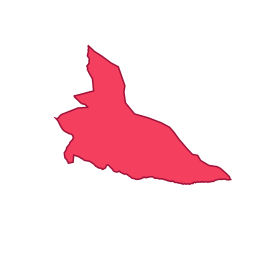 Berekum West, Brong Ahafo, Ghana, rotated 334°
{"feature_id": "2480657B54527757245703", "entity_name": "Berekum West", "entity_type": "district", "adm_level": 2, "iso_a3": "GHA", "parent_name": "Ghana", "parent_adm1": "Brong Ahafo", "projection": "mercator", "projection_center": [-2.676, 7.472], "detail": "fine", "context": "isolated", "style": "filled", "palette": "rose", "viewbox_px": 256, "rotation_deg": 334, "n_neighbors": 0, "source": "geoboundaries", "source_scale": "gbopen_adm2", "svg_char_len": 5573}
<svg xmlns="http://www.w3.org/2000/svg" viewBox="0 0 256 256"><g transform="rotate(334 128 128)"><path d="M197.7,219.3L197.4,217.5L197.8,216.5L196.4,212.1L193.3,204.7L191.1,201.8L184.3,197.1L179.0,189.0L178.6,183.2L174.3,179.9L171.8,171.8L168.9,160.7L167.3,151.3L165.6,145.5L160.3,138.1L150.6,127.7L140.0,118.2L136.7,104.2L140.1,93.9L143.7,88.7L146.1,68.8L141.2,62.0L135.9,51.8L131.4,44.5L128.4,36.7L128.1,36.9L128.0,37.2L127.8,37.6L127.8,38.9L126.8,39.8L126.5,40.1L126.3,40.7L126.1,41.5L126.0,41.8L125.3,42.6L123.9,44.4L123.6,44.8L123.3,45.1L123.2,45.4L123.2,45.7L123.2,46.0L123.4,47.0L123.6,48.0L123.6,48.3L123.5,49.0L122.6,50.3L122.4,50.4L122.3,50.5L122.3,51.4L120.7,53.2L120.3,53.4L119.1,53.8L118.8,54.0L118.3,54.2L118.0,54.6L118.2,56.2L117.9,56.6L117.2,57.5L117.2,59.0L117.2,62.0L117.6,67.8L117.6,68.0L116.9,70.0L116.0,72.7L114.7,75.8L113.4,79.6L94.3,75.8L94.0,75.5L93.6,76.0L93.5,76.4L93.6,76.8L93.9,77.2L94.1,78.2L94.9,80.2L96.0,83.2L96.2,84.0L96.5,84.7L97.3,86.0L98.2,86.8L99.2,87.5L99.6,87.8L99.9,88.3L100.1,89.2L100.5,89.8L100.6,90.1L100.5,90.6L100.5,90.8L100.6,91.2L100.9,91.4L100.8,91.7L100.5,91.4L98.9,91.0L97.8,90.5L95.6,89.7L92.0,88.1L75.6,86.8L74.8,86.7L73.8,86.8L73.0,86.9L72.2,87.2L71.5,87.5L71.1,87.6L70.8,87.8L70.3,88.4L68.1,88.4L67.9,88.2L67.3,87.6L67.9,89.8L68.1,90.3L68.2,91.7L68.2,92.9L68.2,95.3L68.4,97.2L68.3,98.2L68.5,99.2L68.5,100.1L68.6,100.7L69.1,101.5L69.2,102.4L70.7,104.7L71.8,106.1L72.5,107.2L73.1,107.6L74.0,108.2L75.0,110.2L74.7,112.7L72.8,114.3L71.3,114.8L70.8,115.0L69.6,115.5L69.4,115.8L67.9,117.0L64.2,118.8L62.7,120.7L59.8,122.4L59.7,122.8L58.6,125.8L58.7,126.0L58.6,126.7L58.2,127.2L58.3,127.6L58.7,128.8L59.0,129.2L59.1,129.8L59.0,130.8L58.9,131.2L59.0,131.8L59.1,132.0L59.1,132.5L59.1,133.0L59.0,133.5L63.6,134.7L67.3,128.6L67.8,128.9L70.1,131.2L70.8,131.9L71.4,132.5L71.7,133.1L72.0,133.5L72.4,134.0L72.5,134.3L72.5,134.5L72.7,134.9L73.1,135.4L73.7,135.7L73.8,135.9L74.0,136.8L74.5,137.7L75.0,138.3L75.8,138.8L78.1,140.5L78.6,140.9L79.6,142.1L79.9,142.5L80.0,142.9L80.2,143.2L80.5,143.6L80.8,144.1L81.0,144.6L81.1,144.9L81.5,145.4L81.7,145.8L82.0,147.3L82.0,147.6L82.5,148.5L82.8,148.7L83.1,149.5L83.5,150.2L83.8,150.5L84.5,151.4L84.9,151.5L85.9,152.2L86.1,152.6L86.4,153.1L86.8,153.9L87.9,154.2L88.2,154.1L88.5,154.0L90.1,154.0L90.3,154.0L90.5,153.9L91.2,153.1L92.1,152.3L93.6,152.2L94.4,153.6L94.6,154.2L94.9,155.3L95.4,156.8L96.0,158.3L96.1,158.8L96.0,159.6L96.1,160.0L96.7,161.1L97.5,161.7L98.3,162.5L99.2,162.9L100.8,163.0L101.5,163.1L101.5,163.4L101.7,164.2L101.8,164.5L102.5,165.3L103.1,166.0L103.5,166.6L103.6,166.9L104.7,168.0L106.2,168.6L106.7,169.0L107.0,169.9L107.7,170.9L107.9,171.7L108.5,172.4L109.1,173.9L109.8,175.0L110.6,175.6L110.9,176.0L111.8,176.4L111.9,176.5L112.5,177.5L115.1,178.8L116.1,178.9L116.4,178.8L116.6,178.9L116.8,179.1L117.2,179.2L117.7,179.3L118.4,179.3L118.9,179.2L119.2,179.1L119.6,178.9L119.9,178.9L120.1,179.0L120.3,179.4L120.7,179.4L120.8,179.6L121.2,179.6L121.8,179.7L121.8,179.8L122.2,180.4L122.2,180.5L122.6,180.7L122.9,180.7L123.8,180.7L124.0,180.8L124.2,181.1L124.6,181.2L125.6,181.3L126.2,181.4L126.5,181.4L126.9,181.8L127.0,181.9L127.3,181.9L127.7,182.2L127.9,182.2L128.3,182.3L128.6,182.7L129.6,183.7L129.7,184.0L129.7,184.3L129.8,184.4L129.8,184.6L130.1,185.0L130.4,185.1L131.3,185.5L132.0,185.6L132.5,186.3L132.8,186.4L133.1,186.7L133.5,187.1L133.8,187.3L134.0,187.3L134.2,187.7L134.7,187.7L134.8,187.9L135.6,188.1L135.9,188.6L136.3,188.7L136.5,188.9L136.7,189.0L137.2,189.0L137.3,189.2L137.3,189.4L137.3,189.6L137.5,189.8L137.9,190.2L138.1,190.2L138.3,190.4L138.5,190.7L139.3,191.4L139.7,191.5L139.9,191.9L140.5,192.3L140.6,192.6L140.6,192.8L140.7,193.0L141.2,193.1L141.5,193.5L141.8,193.8L142.0,194.0L142.3,194.0L142.5,194.1L142.9,194.5L143.1,194.7L143.4,194.7L143.4,194.9L143.4,195.0L143.5,195.1L144.0,195.0L144.5,195.2L144.7,195.4L145.2,195.4L145.3,195.5L145.5,195.9L145.5,196.2L145.5,196.3L145.7,196.5L145.9,196.9L146.2,197.3L146.3,197.5L147.6,198.1L148.1,198.4L148.6,199.1L150.1,200.1L150.5,200.1L150.8,200.7L150.9,200.8L151.7,201.1L151.8,201.2L151.8,201.4L151.9,201.6L152.1,201.6L152.2,201.8L152.4,201.9L152.5,201.9L152.5,202.2L152.6,202.3L152.9,202.5L153.3,202.6L153.7,202.9L153.9,202.9L154.1,202.9L154.4,202.8L154.6,202.8L154.7,203.0L155.3,203.6L155.7,204.0L156.4,204.2L157.1,204.4L157.6,204.5L157.9,204.8L158.2,204.9L158.4,205.1L158.5,205.4L158.8,205.6L160.4,205.6L160.5,205.6L161.6,206.0L161.9,206.0L161.9,206.3L162.0,206.4L162.3,206.3L162.7,206.0L162.8,205.7L163.0,205.6L164.3,206.1L164.6,206.7L164.8,206.8L165.1,206.8L165.6,206.7L165.9,206.7L166.2,206.7L166.5,207.0L167.0,207.0L167.5,207.6L167.8,207.6L168.8,208.0L169.4,208.2L169.4,208.3L169.6,208.5L169.8,208.4L170.1,208.4L170.2,208.6L170.4,208.8L170.9,208.8L171.3,209.2L171.8,209.1L172.0,209.2L172.0,209.4L172.2,209.5L172.4,209.7L172.5,209.9L173.2,210.1L173.3,210.2L173.5,210.2L174.2,210.5L174.6,210.5L175.2,211.0L175.8,211.4L176.0,211.8L177.1,211.8L177.3,211.9L177.5,211.9L177.6,212.1L177.8,212.3L178.0,212.3L178.3,212.5L179.0,212.3L179.3,212.4L179.5,212.6L179.9,212.7L179.9,212.8L180.3,212.8L180.5,213.1L181.2,213.3L181.5,213.5L181.9,213.5L182.9,213.2L183.9,213.3L185.4,213.6L187.7,214.1L187.9,214.3L188.1,214.5L188.3,214.6L188.5,214.6L189.0,214.7L189.4,215.0L189.6,215.2L189.7,215.4L190.3,215.5L190.7,215.7L191.7,215.9L192.3,216.2L192.4,216.3L192.9,216.7L193.7,217.4L193.8,217.5L194.0,217.7L194.3,217.7L194.5,217.9L194.9,218.2L195.1,218.4L195.3,218.4L195.4,218.6L196.2,218.8L196.3,218.9L196.6,219.0L197.1,218.9L197.2,219.0L197.3,219.2L197.7,219.3Z" fill="#f43f5e" stroke="#9f1239" stroke-width="1.5"/></g></svg>